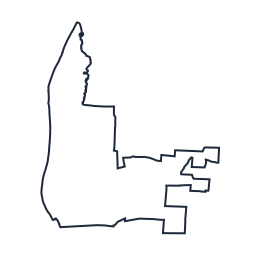 outline of Río Lagartos, Yucatán, Mexico, rotated 267°
{"feature_id": "50627088B51809073979104", "entity_name": "Río Lagartos", "entity_type": "district", "adm_level": 2, "iso_a3": "MEX", "parent_name": "Mexico", "parent_adm1": "Yucatán", "projection": "equal_earth", "projection_center": [-87.983, 21.517], "detail": "fine", "context": "isolated", "style": "outline", "palette": "slate", "viewbox_px": 256, "rotation_deg": 267, "n_neighbors": 0, "source": "geoboundaries", "source_scale": "gbopen_adm2", "svg_char_len": 5289}
<svg xmlns="http://www.w3.org/2000/svg" viewBox="0 0 256 256"><g transform="rotate(267 128 128)"><path d="M46.2,182.1L48.1,160.9L64.6,163.2L68.5,163.3L67.7,176.5L67.9,176.5L67.9,182.1L67.7,187.7L62.0,186.9L61.1,196.8L60.7,197.7L60.3,202.1L61.5,202.2L61.2,204.9L62.7,205.3L72.5,206.7L73.9,190.9L75.7,190.0L76.6,189.8L77.5,189.6L78.0,189.4L78.1,187.6L79.0,178.7L79.5,178.5L81.2,178.8L81.6,179.0L82.1,179.6L82.7,180.1L83.2,180.3L84.0,180.9L84.6,181.6L85.8,182.0L86.6,182.5L87.3,183.3L87.8,183.9L88.2,184.1L89.3,185.4L89.6,185.4L89.8,185.7L91.2,186.7L92.0,186.7L92.8,187.2L95.3,189.6L94.9,190.8L85.7,189.6L84.6,202.4L87.7,203.7L89.7,204.3L91.4,204.2L91.9,203.9L92.4,204.0L92.2,204.4L91.6,206.4L89.8,210.1L89.7,211.2L89.5,212.0L89.5,212.8L88.9,214.2L88.6,215.4L88.7,216.4L103.5,217.9L103.8,214.8L104.2,208.6L104.6,203.8L104.0,203.0L102.6,202.2L101.6,201.8L100.7,201.3L103.3,173.9L97.3,173.1L99.3,159.9L93.2,159.1L94.0,154.8L95.8,151.2L97.1,147.9L98.2,143.6L98.3,142.7L98.3,140.7L98.5,138.2L98.5,135.1L98.8,134.2L98.7,133.8L98.8,133.0L99.3,132.3L99.3,131.0L98.5,129.5L98.5,121.6L95.0,121.9L89.7,122.7L88.2,115.6L105.3,115.9L106.2,112.7L108.9,113.3L113.9,113.8L129.5,115.1L130.4,115.4L131.8,115.5L136.6,115.7L139.4,116.0L141.9,114.7L144.0,114.7L150.2,115.1L150.7,105.0L151.9,94.1L152.2,93.6L153.4,85.2L154.5,83.8L155.4,84.2L155.5,84.3L155.6,84.2L156.1,84.4L156.3,84.2L156.5,84.5L156.9,84.8L157.2,85.0L157.4,85.2L158.3,85.5L158.6,85.7L158.9,85.8L159.2,85.6L159.4,85.8L159.7,85.9L160.1,85.6L160.3,85.8L160.8,86.1L161.2,86.3L161.4,86.1L161.7,86.1L162.0,86.3L162.5,86.7L163.0,86.8L163.6,86.8L163.9,86.4L164.2,86.4L164.3,86.3L165.1,86.9L165.2,86.7L165.3,86.8L165.6,87.0L165.7,87.4L166.1,87.9L166.6,87.9L167.0,88.0L167.2,87.8L167.3,87.9L167.8,87.8L168.0,87.6L168.3,88.1L168.6,88.2L168.9,88.1L169.1,88.2L169.4,88.2L169.5,88.0L169.9,88.1L170.0,88.3L170.3,88.4L170.3,88.2L170.6,88.2L171.0,88.0L171.5,87.7L171.9,88.3L172.1,88.2L172.3,88.6L172.6,88.8L173.1,89.0L173.5,89.3L174.1,89.3L174.3,89.2L174.5,89.1L174.8,88.7L175.0,88.7L175.3,88.9L176.0,88.7L176.4,88.4L176.5,88.2L176.8,88.2L177.2,88.8L177.6,89.0L178.3,89.7L178.6,89.8L178.9,89.7L179.0,89.9L179.1,89.6L178.9,89.6L178.7,88.8L178.5,88.6L178.3,88.6L178.2,88.7L178.3,88.5L178.6,88.7L179.2,89.6L179.5,89.6L179.8,90.0L180.7,90.8L181.3,91.1L181.8,91.3L182.4,91.3L183.2,91.1L183.3,90.8L183.8,90.5L184.3,90.0L184.4,89.3L184.8,88.3L184.8,87.9L184.6,87.5L184.6,87.0L184.7,86.8L184.9,86.7L185.5,87.1L185.8,87.4L185.8,87.7L185.2,88.1L185.2,88.5L185.3,88.9L185.9,90.0L186.7,90.9L187.1,91.0L187.4,91.0L187.7,90.9L188.0,90.3L188.3,90.0L189.1,89.5L189.5,89.6L190.1,90.0L191.2,91.2L193.6,93.7L194.4,94.1L195.0,94.3L195.4,94.0L195.6,94.2L196.0,94.2L197.4,94.0L197.7,94.2L197.9,94.0L198.2,93.9L199.0,93.9L199.3,93.8L200.1,93.8L200.6,93.6L201.0,93.1L201.2,92.5L201.8,91.7L201.9,91.3L202.2,90.2L202.5,90.2L203.0,90.1L203.6,89.8L204.3,89.0L204.7,88.8L205.4,88.2L205.8,87.4L206.3,87.0L206.5,86.7L207.0,86.5L207.4,85.9L209.9,85.6L210.2,85.4L210.3,85.3L210.5,85.4L211.1,85.5L211.7,85.8L212.2,85.5L213.3,85.6L213.9,86.3L214.2,86.5L214.3,86.6L214.6,86.8L215.0,86.7L215.3,86.9L216.4,86.5L216.8,86.6L217.5,86.5L217.9,86.6L218.4,86.3L218.7,86.0L218.7,85.9L218.8,85.8L218.7,85.5L218.8,85.3L219.6,85.6L220.1,85.6L220.5,85.5L221.0,85.1L221.6,85.2L221.8,85.7L221.8,85.2L222.0,85.2L222.1,85.5L222.1,85.3L222.4,85.4L222.8,85.3L222.8,85.7L222.5,86.0L222.2,86.2L222.2,86.6L222.4,87.1L222.6,87.4L223.2,87.9L223.5,88.1L224.4,88.1L225.0,87.9L225.4,87.6L225.4,87.3L225.0,87.2L225.0,86.7L224.9,86.6L224.7,86.7L224.8,86.2L224.5,86.2L224.4,86.0L224.1,85.4L224.1,85.0L223.8,84.9L223.7,85.0L223.6,85.3L223.4,84.9L223.3,85.1L223.2,85.1L223.2,84.8L223.4,84.6L224.1,84.7L224.6,85.0L225.5,86.9L227.8,86.7L232.1,86.0L234.1,85.5L235.1,84.8L235.5,84.4L235.8,83.7L236.1,82.5L235.0,81.9L234.4,81.4L234.1,81.3L232.6,80.5L231.3,79.6L231.0,79.6L230.2,79.0L229.9,79.0L225.6,76.1L217.7,71.4L212.6,68.8L208.0,66.8L207.7,66.8L207.0,66.5L206.9,66.6L206.6,66.3L206.4,66.4L206.0,66.1L205.3,66.0L203.4,65.1L201.6,63.9L201.3,63.8L200.8,63.5L200.3,63.3L200.1,63.3L198.6,62.5L197.9,62.3L194.7,60.1L191.4,58.1L185.9,55.6L179.0,52.7L178.8,52.7L177.5,52.1L177.2,52.1L176.4,51.7L173.0,50.6L172.8,50.6L172.6,50.8L170.9,50.6L170.7,50.5L170.1,50.6L169.1,50.4L169.0,50.6L168.4,50.5L167.8,50.6L167.4,50.5L166.1,50.6L163.4,50.5L161.2,50.5L158.4,50.1L158.1,49.9L157.2,49.8L156.5,49.8L155.4,50.1L153.7,50.3L149.8,50.4L145.4,50.3L143.1,50.4L141.2,50.4L138.1,50.5L131.6,50.4L129.4,50.1L127.7,50.1L119.9,49.3L115.5,48.7L110.3,48.0L108.8,47.9L106.5,47.5L98.7,46.0L95.8,45.1L89.6,43.0L88.5,42.5L85.1,41.3L81.6,40.3L79.2,39.8L76.1,39.4L72.9,38.7L67.8,38.1L65.0,38.4L59.7,39.1L57.4,39.8L56.8,39.9L55.7,40.4L54.0,41.1L53.3,41.3L51.0,42.2L50.7,42.5L50.2,42.7L47.9,43.9L47.7,44.2L47.4,44.4L45.3,45.7L42.0,47.2L40.5,47.8L39.7,48.0L39.5,47.9L41.2,50.2L41.4,51.3L41.1,51.5L40.9,51.2L40.6,51.1L40.4,51.2L40.5,51.7L40.3,52.1L39.2,53.0L38.0,53.3L36.9,54.0L36.5,54.0L36.1,54.2L35.8,54.1L34.8,54.4L33.6,54.9L32.5,55.3L32.6,91.9L31.9,99.8L30.4,108.2L31.4,108.3L31.5,108.8L31.7,109.7L32.5,110.6L34.8,112.8L35.3,113.6L36.0,116.1L36.8,117.3L37.0,118.2L37.5,119.2L37.8,120.4L35.1,120.0L36.9,134.4L35.8,148.0L34.6,155.8L34.5,159.1L21.2,157.4L20.6,166.8L19.9,179.2L32.1,180.4L33.1,180.3L46.2,182.1Z" fill="none" stroke="#1e293b" stroke-width="2"/></g></svg>